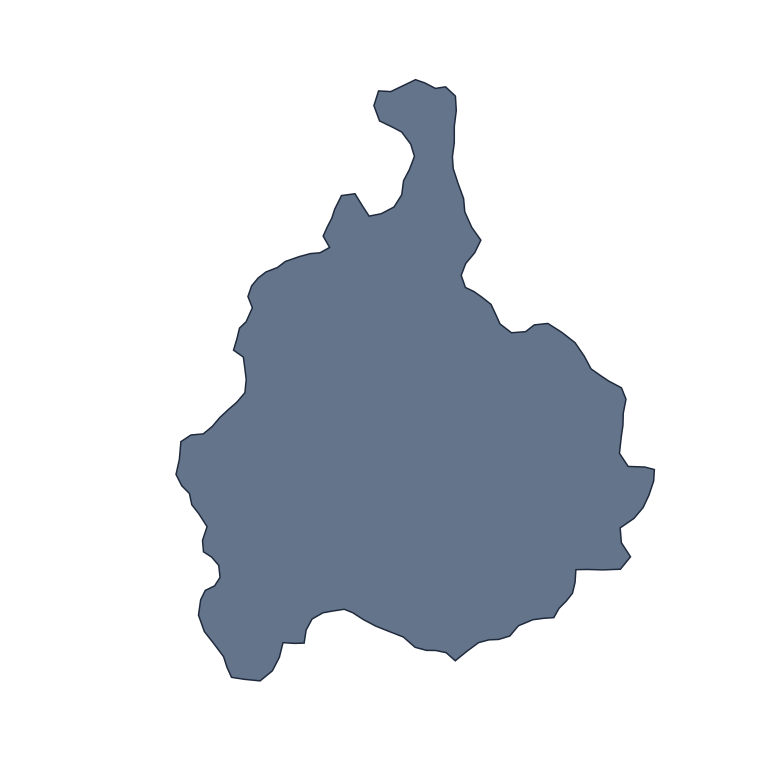 outline of Ouro Verde de Minas, Minas Gerais, Brazil, rotated 345°
{"feature_id": "56859067B63067715141112", "entity_name": "Ouro Verde de Minas", "entity_type": "district", "adm_level": 2, "iso_a3": "BRA", "parent_name": "Brazil", "parent_adm1": "Minas Gerais", "projection": "natural_earth1", "projection_center": [-41.295, -18.032], "detail": "fine", "context": "isolated", "style": "filled", "palette": "slate", "viewbox_px": 768, "rotation_deg": 345, "n_neighbors": 0, "source": "geoboundaries", "source_scale": "gbopen_adm2", "svg_char_len": 2077}
<svg xmlns="http://www.w3.org/2000/svg" viewBox="0 0 768 768"><g transform="rotate(345 384 384)"><path d="M520.4,112.9L510.2,111.8L501.3,103.7L493.2,98.2L481.1,100.5L466.2,103.3L454.6,99.5L446.3,112.5L447.8,128.8L457.5,137.1L466.3,145.2L471.9,159.3L472.3,172.0L464.0,183.5L455.5,192.7L450.1,205.8L439.5,215.6L425.4,218.8L413.1,218.0L409.3,206.5L405.2,192.7L391.7,191.0L381.6,202.4L376.5,210.3L369.5,218.0L363.5,225.4L366.8,238.0L356.1,240.7L346.8,239.0L335.2,239.0L320.4,240.1L311.2,243.9L299.1,245.2L289.9,249.0L281.5,255.0L275.2,264.3L276.6,276.3L266.9,288.2L258.9,292.6L253.9,301.8L247.4,312.4L255.1,321.6L253.7,332.4L252.1,343.9L247.4,356.4L237.1,363.5L227.0,368.4L216.7,373.9L207.2,380.5L196.5,385.4L184.3,383.3L172.9,387.1L166.8,403.9L159.7,417.5L162.3,430.0L167.7,439.4L167.1,450.9L171.5,461.3L176.2,476.0L168.2,488.1L166.2,499.4L172.7,506.6L177.4,516.4L175.6,528.3L168.2,535.1L158.0,537.1L151.1,544.9L145.0,559.2L146.4,576.6L152.9,591.9L158.5,606.0L159.0,617.0L160.8,627.9L172.9,633.2L187.5,638.7L202.0,632.1L212.2,620.9L219.5,607.7L230.1,611.3L239.8,613.6L245.1,601.5L253.7,592.4L265.8,589.2L275.5,590.0L287.3,591.3L294.6,596.8L302.9,606.0L313.4,615.8L325.1,624.5L337.2,633.4L345.9,646.4L356.1,652.3L364.8,654.7L374.5,659.6L381.2,669.8L394.5,663.8L408.4,658.3L419.1,658.3L428.6,660.4L440.3,660.0L451.3,652.3L466.7,650.2L477.9,651.7L487.6,653.6L495.0,646.0L503.8,640.9L511.9,634.9L517.2,625.1L521.3,613.0L532.5,615.8L547.3,620.2L564.4,624.1L577.4,614.7L572.2,598.7L574.9,584.1L590.7,578.5L602.3,570.4L611.1,560.0L619.4,547.5L623.0,536.6L614.4,531.7L598.5,526.8L593.5,511.9L599.6,496.2L604.1,485.8L607.5,474.3L613.8,461.3L612.4,449.2L601.9,439.4L595.4,432.0L587.9,423.0L584.6,408.8L579.2,393.5L569.1,380.1L557.9,367.9L544.4,365.8L534.3,370.1L520.4,367.5L511.6,356.0L509.8,345.0L508.0,334.8L501.3,325.8L495.0,318.2L487.6,311.8L486.7,299.0L494.1,288.8L505.6,280.7L514.8,270.1L509.3,255.4L506.6,238.6L508.9,225.4L507.5,210.1L506.6,193.9L508.9,182.2L514.3,169.3L518.6,153.3L524.6,138.6L527.5,124.4L520.4,112.9Z" fill="#64748b" stroke="#1e293b" stroke-width="1.5"/></g></svg>